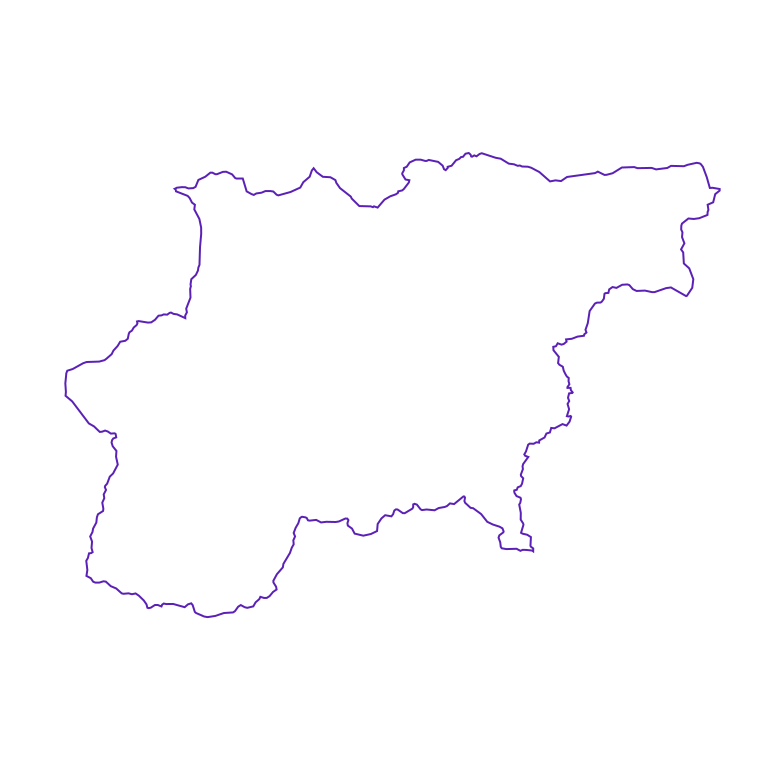 the district of Quilanga, Loja, Ecuador, rotated 275°
{"feature_id": "8360857B88871237564279", "entity_name": "Quilanga", "entity_type": "district", "adm_level": 2, "iso_a3": "ECU", "parent_name": "Ecuador", "parent_adm1": "Loja", "projection": "albers", "projection_center": [-79.384, -4.352], "detail": "fine", "context": "isolated", "style": "outline", "palette": "violet", "viewbox_px": 768, "rotation_deg": 275, "n_neighbors": 0, "source": "geoboundaries", "source_scale": "gbopen_adm2", "svg_char_len": 6154}
<svg xmlns="http://www.w3.org/2000/svg" viewBox="0 0 768 768"><g transform="rotate(275 384 384)"><path d="M230.3,547.2L233.2,547.0L234.8,544.4L235.7,544.0L244.3,543.7L246.3,539.8L247.0,534.9L247.7,533.5L255.9,535.2L257.2,534.8L260.8,532.0L267.6,531.5L275.7,529.2L277.5,530.1L281.2,530.5L282.6,529.9L283.9,525.8L286.9,523.5L288.7,523.0L289.4,523.1L290.2,525.5L292.7,526.2L294.2,529.1L296.7,530.2L302.2,530.9L304.2,528.6L305.6,528.2L311.3,529.8L314.1,529.2L316.4,529.6L323.9,534.1L324.8,530.9L326.1,529.9L329.1,531.3L336.1,532.9L337.3,534.3L337.5,538.3L339.2,540.8L339.1,543.6L341.3,543.6L344.7,548.6L348.8,550.1L350.2,553.5L354.8,554.4L354.7,557.7L359.6,565.3L358.5,569.5L362.6,572.1L367.7,573.3L368.4,572.7L367.7,570.6L367.9,569.0L375.0,570.6L380.1,568.6L383.2,570.0L386.3,568.5L390.8,569.2L391.5,572.4L392.1,572.7L394.1,570.7L396.4,570.2L396.1,567.1L396.9,567.0L399.9,568.7L402.9,567.6L406.1,567.5L407.4,565.5L409.6,563.9L412.9,561.9L416.8,560.6L418.5,557.0L420.0,555.6L426.3,555.8L432.4,549.9L435.8,549.4L436.6,552.0L439.7,553.5L438.7,557.4L439.5,559.5L442.1,562.2L444.3,561.5L445.4,567.1L448.1,572.7L449.5,579.0L451.0,579.2L452.9,581.2L455.6,580.0L462.3,581.7L474.6,582.5L482.5,587.1L483.6,589.0L484.0,592.6L485.0,593.8L488.1,595.6L493.1,595.8L493.8,596.6L494.3,599.6L497.9,600.1L500.5,603.2L500.0,607.2L503.6,612.6L504.4,617.8L503.9,619.8L500.2,623.6L498.7,627.5L499.8,635.8L498.9,642.9L499.1,645.5L504.1,656.7L505.2,661.4L497.9,677.3L498.3,678.1L506.7,682.7L515.4,683.0L525.8,678.0L530.2,672.2L541.1,670.6L544.0,668.2L550.3,671.0L556.3,668.1L561.1,668.1L563.8,666.6L567.7,666.4L569.8,666.9L575.4,672.8L575.4,678.2L576.6,683.5L580.6,691.5L583.6,691.4L585.7,692.0L590.8,690.8L593.7,696.1L602.0,697.4L605.9,701.5L607.5,701.4L608.1,694.3L607.7,691.5L618.2,687.5L628.1,682.8L630.6,680.5L631.3,679.3L631.6,676.2L628.8,667.3L627.1,663.8L626.3,650.9L623.9,647.4L621.5,636.3L622.6,631.8L621.1,617.7L621.9,614.4L620.4,602.1L613.9,593.4L611.8,587.5L611.5,585.4L614.2,578.5L612.5,575.9L606.2,548.3L601.6,542.7L601.8,537.1L600.3,531.7L608.7,520.3L612.3,511.7L613.0,508.4L612.7,502.6L613.5,500.3L613.0,498.2L614.2,494.3L614.4,489.1L618.6,480.7L619.1,475.5L622.4,461.3L621.5,459.2L618.9,456.3L619.6,454.0L618.1,451.9L618.3,451.0L620.0,450.3L621.5,448.3L620.5,445.1L617.2,442.9L616.8,441.0L614.8,439.3L613.2,436.3L607.3,432.3L605.9,428.5L604.9,428.7L602.4,426.8L603.2,425.1L606.6,423.4L610.0,418.6L611.1,409.0L610.0,407.2L609.8,405.6L610.7,400.9L610.2,395.9L607.0,390.3L602.4,387.7L600.9,385.0L598.6,385.2L595.5,383.8L594.4,384.0L589.6,387.6L589.2,391.5L586.9,391.2L580.0,386.8L578.4,385.2L577.2,381.4L575.7,381.3L574.0,379.3L571.6,374.0L567.7,368.4L559.2,362.3L560.1,358.5L559.2,357.6L559.8,355.3L559.1,343.9L565.9,335.7L567.8,334.6L575.3,323.1L580.2,319.0L582.9,317.8L585.3,312.6L585.1,305.0L589.1,298.5L592.8,295.1L590.4,293.5L584.0,291.9L578.0,286.0L572.4,283.5L567.1,274.1L562.7,262.3L563.2,260.5L566.1,257.0L566.3,254.1L565.9,249.1L563.9,245.3L562.7,240.2L561.0,237.8L561.6,235.6L563.9,230.4L576.4,225.4L575.8,219.3L576.2,217.8L579.6,214.4L581.7,208.3L581.3,205.1L578.4,199.2L578.3,197.7L579.6,194.6L579.4,192.6L574.9,187.9L571.1,181.3L564.0,179.1L562.5,176.9L561.8,172.1L562.7,168.9L562.5,165.5L561.5,160.6L560.2,158.5L559.6,159.5L557.8,160.0L554.3,172.0L552.3,174.2L548.0,176.9L546.1,180.0L541.4,179.8L532.3,185.7L523.9,188.2L517.7,188.8L504.2,188.8L486.6,189.8L483.7,188.9L480.9,188.8L476.3,187.1L471.6,182.9L466.3,182.6L464.6,183.1L461.8,182.6L453.2,183.7L441.8,180.4L438.2,181.4L434.9,180.0L432.3,180.3L435.3,171.9L435.5,168.2L436.6,165.6L436.2,164.3L434.2,162.0L434.1,158.4L433.0,156.5L432.4,153.4L428.0,150.3L425.1,146.7L424.6,143.5L425.3,134.1L424.8,132.5L423.0,133.1L421.1,132.4L418.5,129.8L415.2,128.2L413.4,126.0L411.9,125.4L406.7,124.8L404.5,122.5L403.1,117.5L398.6,115.3L393.8,111.6L390.0,110.1L385.0,105.3L383.4,103.5L381.5,98.3L380.0,85.9L378.5,82.5L371.8,72.6L369.6,67.3L367.0,66.6L356.8,66.5L348.4,67.8L344.5,67.8L339.5,74.9L319.0,93.4L316.5,98.8L311.5,105.0L311.9,107.3L313.3,110.2L312.6,113.0L310.8,116.2L311.4,120.0L310.8,121.0L307.5,121.9L306.1,119.0L304.3,118.0L301.9,117.7L298.3,119.2L294.0,123.3L288.2,123.4L280.5,125.8L271.2,121.9L267.8,118.9L260.6,116.9L258.2,115.1L256.9,114.9L254.2,116.3L249.6,114.4L245.9,115.3L241.2,113.7L235.3,115.3L233.0,115.2L229.3,110.4L226.2,109.6L220.9,109.5L214.6,106.8L211.2,106.5L206.5,104.6L201.6,106.9L195.2,106.9L191.1,108.4L190.0,107.0L189.6,104.9L184.9,104.2L181.9,102.8L172.9,104.7L166.9,104.3L165.0,108.8L161.7,111.5L161.0,113.7L161.3,117.6L163.0,121.7L162.9,124.1L158.8,129.4L157.0,135.0L152.6,140.9L152.3,142.7L153.2,147.8L152.6,151.2L153.7,154.8L151.8,158.2L147.5,163.5L143.8,166.6L140.5,167.8L140.2,168.9L140.8,171.1L143.9,175.1L144.1,178.0L143.0,181.7L144.8,182.2L146.1,183.7L145.8,186.2L146.5,193.1L144.3,204.9L147.4,207.9L148.7,211.1L147.0,212.7L140.5,215.4L139.5,216.7L136.7,225.1L136.4,228.6L138.2,236.0L141.9,244.5L143.3,253.6L144.8,255.4L149.4,258.1L151.3,260.6L149.5,264.7L149.1,267.3L151.1,273.2L155.3,275.1L158.8,278.5L161.2,279.4L160.4,283.2L160.7,285.9L162.7,288.5L167.2,291.6L169.9,294.9L172.6,294.2L176.6,291.2L178.3,290.9L185.2,293.9L192.5,299.2L196.1,299.5L207.4,305.0L212.9,306.4L216.4,308.0L220.4,307.3L224.4,308.7L227.7,307.0L233.0,308.5L237.9,310.8L242.8,311.8L244.0,313.0L244.6,313.9L244.3,317.4L243.8,318.7L241.6,320.1L241.4,321.8L242.7,328.3L240.6,333.4L241.7,338.6L242.3,347.8L243.1,351.0L246.6,357.2L246.7,359.2L245.3,360.4L242.2,359.7L239.8,360.3L237.2,364.7L232.4,367.8L231.1,376.6L233.4,384.0L236.9,389.9L244.0,389.9L249.9,393.2L253.4,396.6L252.8,402.9L255.0,404.4L258.8,405.3L260.1,406.7L260.2,408.4L257.0,414.0L257.1,415.9L262.3,423.1L263.7,423.8L266.6,423.6L267.3,424.9L266.7,427.3L262.4,431.3L261.7,432.8L262.7,437.4L262.6,445.4L265.2,449.3L266.8,455.2L267.9,457.4L270.8,460.1L270.5,464.3L278.9,472.9L278.9,473.9L277.8,474.6L274.5,474.3L272.8,475.1L268.2,481.0L268.0,483.7L262.9,492.1L255.7,498.9L253.5,504.7L251.9,511.6L250.5,514.6L247.6,516.0L246.6,515.8L243.3,512.1L240.9,511.5L236.4,513.6L232.0,514.5L230.6,515.6L230.2,520.2L231.4,530.4L229.7,534.4L230.9,536.7L231.1,540.3L231.0,546.0L230.3,547.2Z" fill="none" stroke="#5b21b6" stroke-width="2"/></g></svg>